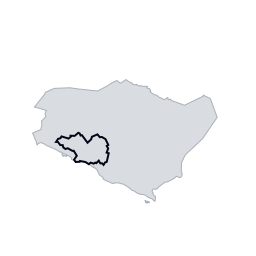 Al Madinah highlighted on a map of Saudi Arabia, rotated 326°
{"feature_id": "SAU-845", "entity_name": "Al Madinah", "entity_type": "Region", "adm_level": 1, "iso_a3": "SAU", "parent_name": "Saudi Arabia", "parent_adm1": "", "projection": "natural_earth1", "projection_center": [39.015, 24.943], "detail": "coarse", "context": "in_parent", "style": "outline", "palette": "ink", "viewbox_px": 256, "rotation_deg": 326, "n_neighbors": 0, "source": "natural_earth", "source_scale": "10m", "svg_char_len": 4153}
<svg xmlns="http://www.w3.org/2000/svg" viewBox="0 0 256 256"><g transform="rotate(326 128 128)"><path d="M183.7,178.6L161.1,182.2L159.9,182.6L152.9,186.7L148.1,193.5L147.1,196.7L146.5,197.2L145.5,197.9L144.6,198.3L143.3,198.2L141.6,195.8L141.2,195.2L140.8,195.2L137.8,195.6L131.5,194.9L130.4,194.7L129.0,193.9L128.7,193.7L128.3,193.7L125.0,193.7L123.4,193.9L121.9,193.8L120.2,194.0L119.7,194.3L119.0,194.3L118.6,194.5L118.3,194.7L117.9,194.4L117.4,194.5L116.6,194.3L116.1,193.7L115.7,193.3L115.2,193.0L114.7,192.8L114.2,192.8L113.6,193.1L113.3,193.4L112.4,194.3L112.3,194.7L112.7,195.2L112.6,195.5L112.1,195.8L111.9,196.7L111.9,197.2L111.8,198.4L112.0,199.3L112.3,199.6L112.4,200.0L112.2,200.8L111.7,201.0L111.3,201.8L111.1,202.1L110.7,202.5L109.2,203.8L109.1,203.1L108.6,201.9L108.6,201.1L108.4,200.3L108.0,199.7L107.2,199.1L107.1,198.2L106.5,197.3L105.8,196.6L105.4,195.3L105.0,193.6L103.1,191.4L100.6,189.3L99.8,188.1L98.6,185.7L98.0,183.8L96.3,181.7L96.3,180.8L96.0,179.8L95.6,178.7L95.4,177.8L93.7,173.9L93.2,173.2L92.7,172.4L92.6,171.7L92.5,171.3L91.3,170.7L90.2,169.0L87.0,166.4L85.4,166.1L84.1,165.2L83.2,164.0L82.2,161.9L80.4,159.6L78.9,156.4L79.4,155.2L79.4,154.4L78.9,153.0L78.4,151.9L78.1,150.9L78.4,149.4L78.5,147.8L78.7,146.9L79.0,145.9L78.7,144.0L78.2,143.0L78.2,142.3L77.7,142.0L77.2,141.2L77.7,141.2L76.9,140.2L76.5,139.6L76.2,138.2L75.8,137.2L74.5,134.7L73.9,133.2L72.5,131.3L70.9,129.9L70.0,129.3L69.5,128.7L68.7,128.7L67.8,127.8L67.2,127.8L66.5,127.7L65.6,126.0L64.8,124.5L63.6,122.6L63.9,122.1L64.3,121.2L64.1,120.1L63.9,119.4L63.3,118.0L61.5,114.7L61.0,114.2L60.3,113.6L59.8,112.1L59.6,110.8L58.3,110.2L56.2,105.5L55.0,103.8L54.5,102.7L53.0,100.9L52.3,99.1L50.9,97.4L49.7,94.5L47.8,91.6L47.0,91.1L45.0,90.9L44.1,90.7L43.3,91.3L43.3,90.5L43.8,89.4L44.6,87.0L44.8,85.0L46.1,78.9L54.5,80.4L54.9,80.4L58.2,77.5L60.0,74.3L60.4,73.9L66.1,72.7L67.4,69.6L67.5,69.5L67.7,69.3L70.1,67.8L66.2,62.9L62.1,58.3L77.9,53.4L78.2,53.3L79.3,52.2L86.3,53.4L89.0,54.0L89.8,54.4L102.4,62.2L108.7,67.9L123.4,80.3L123.6,80.4L136.6,81.7L138.0,81.4L141.6,81.8L145.2,82.4L145.9,83.8L146.2,84.9L146.4,85.9L147.2,86.8L150.2,86.7L153.3,86.7L153.7,87.6L154.0,88.5L154.8,90.6L156.0,92.3L156.3,92.9L156.6,93.8L156.4,94.2L156.3,94.6L157.2,95.5L158.6,96.3L159.2,96.5L159.8,96.8L159.4,97.3L160.2,98.6L161.3,99.8L162.3,100.1L163.8,102.0L166.0,103.2L167.3,104.8L167.2,104.8L166.8,104.7L166.3,104.5L166.2,104.7L166.2,105.3L166.4,106.1L167.1,106.8L167.7,107.3L167.9,108.2L167.5,110.2L167.3,110.2L167.0,110.1L166.7,110.0L166.9,111.6L167.4,112.7L167.9,113.6L168.3,114.8L168.6,115.4L170.1,116.7L170.5,117.9L171.0,120.0L171.9,121.2L172.4,122.1L173.0,122.9L173.4,123.9L174.1,124.7L174.4,124.9L174.8,125.0L175.4,125.0L176.1,124.8L176.8,124.6L177.4,125.0L177.9,125.0L178.0,125.4L177.6,125.9L177.2,127.2L177.9,127.4L178.5,127.5L179.0,127.7L179.3,127.7L179.3,128.0L179.3,129.2L179.5,129.7L187.5,140.7L208.2,143.7L208.3,143.7L208.8,142.9L212.7,149.7L207.9,169.0L183.7,178.6ZM102.6,200.5L103.2,200.6L102.9,200.3L102.9,200.1L103.2,199.7L104.1,200.6L104.0,201.7L104.0,201.9L103.7,201.7L103.5,201.2L103.3,201.0L102.4,201.1L101.8,200.8L101.1,199.9L100.8,199.3L101.2,199.1L101.5,198.8L101.7,198.3L101.5,197.8L102.0,197.9L102.2,198.4L102.3,199.7L102.4,199.9L102.2,200.2L102.6,200.5ZM61.4,117.1L61.1,117.1L60.6,116.5L60.3,116.0L59.9,115.7L58.4,115.0L58.2,114.6L58.4,114.2L58.6,114.6L58.9,114.9L60.1,115.5L61.5,116.7L61.8,116.8L61.4,117.1ZM58.9,114.0L58.5,113.8L58.5,113.0L58.8,112.6L58.8,113.2L58.9,113.8L58.9,114.0Z" fill="#d9dde1" stroke="#a8b0b8" stroke-width="1"/><path d="M75.3,136.1L73.7,132.4L69.7,128.5L69.1,129.0L65.6,126.9L65.6,124.1L70.0,122.4L70.3,116.5L69.2,116.0L66.7,111.1L64.4,110.4L63.5,108.0L64.3,105.7L62.3,104.3L62.1,100.4L60.6,99.3L64.0,97.9L66.2,98.7L68.2,97.8L72.8,103.5L75.8,103.2L76.1,102.3L79.4,104.7L84.1,104.2L84.9,105.5L84.5,107.7L85.8,108.2L86.2,117.6L91.1,116.8L93.2,115.1L99.1,116.2L99.5,119.9L101.3,120.8L103.1,124.6L102.2,131.0L100.3,131.0L100.1,133.9L96.5,136.5L97.9,138.1L91.4,144.2L89.8,143.7L87.1,144.9L86.8,142.8L85.3,141.8L85.5,138.7L82.1,139.4L81.5,138.4L79.7,138.4L77.6,135.8L75.3,136.1Z" fill="none" stroke="#020617" stroke-width="2"/></g></svg>